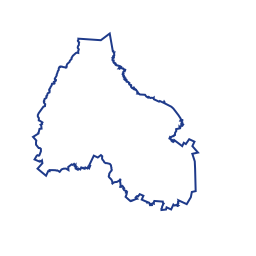 Waipa District, Waikato, New Zealand, rotated 205°
{"feature_id": "76426892B28277932455235", "entity_name": "Waipa District", "entity_type": "district", "adm_level": 2, "iso_a3": "NZL", "parent_name": "New Zealand", "parent_adm1": "Waikato", "projection": "natural_earth1", "projection_center": [175.411, -37.984], "detail": "fine", "context": "isolated", "style": "outline", "palette": "blue", "viewbox_px": 256, "rotation_deg": 205, "n_neighbors": 0, "source": "geoboundaries", "source_scale": "gbopen_adm2", "svg_char_len": 5758}
<svg xmlns="http://www.w3.org/2000/svg" viewBox="0 0 256 256"><g transform="rotate(205 128 128)"><path d="M118.9,71.3L118.6,71.1L118.0,72.4L116.9,73.5L115.3,74.4L113.7,76.6L113.4,78.0L113.1,78.0L112.7,76.9L112.7,76.1L112.0,75.4L110.4,72.9L110.2,71.4L109.5,71.6L108.8,72.9L108.4,72.6L108.1,72.9L106.1,71.8L106.6,70.9L105.1,70.0L102.9,70.2L102.7,69.7L103.0,69.4L102.7,68.7L101.8,69.3L101.2,67.0L101.1,64.6L95.4,62.9L95.2,63.1L94.7,62.9L93.9,63.9L93.7,63.7L90.9,66.9L89.8,67.7L91.7,68.3L91.4,69.3L91.1,69.1L90.5,70.3L89.9,70.3L89.4,73.0L85.4,73.1L85.3,68.9L79.5,69.0L79.5,68.7L79.2,68.5L79.1,68.9L79.4,69.1L77.2,69.2L76.0,68.0L75.8,68.1L75.4,67.4L73.8,68.2L74.6,69.2L74.0,69.5L73.9,70.1L72.6,70.3L73.0,71.0L73.1,71.7L73.3,72.0L73.3,73.0L65.4,76.0L65.1,75.3L63.7,74.6L64.1,73.8L63.8,73.0L63.9,71.3L63.5,70.1L63.6,68.9L63.0,67.8L59.1,70.2L59.5,72.4L54.5,72.4L54.5,77.8L53.2,77.4L52.3,78.0L52.1,78.4L51.5,79.0L50.3,78.2L49.3,78.5L49.9,78.6L49.7,78.9L50.0,78.9L50.8,79.8L50.8,80.1L50.6,80.1L50.7,80.5L50.7,80.8L50.6,81.2L51.4,81.9L51.5,82.5L51.3,82.7L51.5,83.2L51.3,83.5L51.6,83.8L42.6,83.8L41.8,91.8L43.1,97.0L40.0,99.4L50.1,119.7L53.4,126.0L58.8,131.8L54.2,135.3L62.0,138.8L62.0,143.7L67.8,143.7L68.8,137.9L71.2,138.2L71.2,134.5L81.1,136.6L81.1,136.0L80.7,135.6L80.8,135.0L81.1,134.5L81.5,134.7L82.2,134.5L82.5,134.6L82.2,134.8L82.3,135.4L82.7,135.8L86.0,136.0L86.1,137.7L85.2,137.7L84.3,139.2L83.8,139.7L83.2,139.9L83.1,141.1L82.5,141.5L83.3,143.6L83.0,145.8L83.7,146.8L83.9,147.4L81.4,149.1L81.3,149.7L81.9,150.9L80.8,150.5L81.0,151.4L80.9,152.2L80.6,152.6L79.7,152.9L79.5,154.4L79.8,154.4L80.6,153.7L81.2,154.0L81.2,154.5L80.8,154.9L80.7,155.5L80.9,155.6L81.5,155.1L81.5,155.8L82.3,156.6L82.3,156.9L81.8,157.5L82.1,158.2L82.6,158.1L82.8,157.1L83.6,156.8L83.5,157.8L84.4,158.9L87.8,161.0L95.1,164.8L97.7,165.6L106.0,165.9L105.9,166.9L106.4,167.2L106.4,165.9L110.6,165.9L111.0,165.0L116.7,165.0L117.2,165.6L117.5,166.3L117.7,165.9L119.8,165.2L120.3,164.7L121.6,164.7L122.2,165.0L122.8,164.9L123.4,164.3L123.3,164.1L124.8,164.3L126.6,165.3L131.4,163.4L132.3,163.7L132.8,163.5L133.4,163.9L133.6,163.3L133.9,163.2L133.8,163.7L134.6,164.0L134.9,165.0L136.3,165.6L136.7,166.0L137.5,165.8L137.8,166.3L138.3,166.3L138.7,165.7L139.1,165.6L140.0,166.1L140.2,166.6L139.6,167.0L139.9,167.2L140.3,166.7L140.4,165.9L141.5,166.0L142.8,166.7L142.9,167.6L143.3,168.2L144.9,167.9L145.8,168.5L145.9,168.9L145.7,169.0L145.7,169.3L146.3,169.4L146.8,169.7L147.8,169.8L148.3,169.4L148.8,169.4L149.0,169.9L149.9,170.1L149.4,170.3L149.9,170.5L149.8,171.0L151.2,171.4L151.6,171.3L151.5,172.0L152.2,172.1L152.6,172.6L153.0,172.3L152.8,171.9L153.1,171.9L153.3,173.0L153.8,173.7L154.1,173.9L154.5,173.6L154.6,174.2L155.4,174.4L155.3,174.7L155.7,175.2L155.3,175.6L155.7,175.9L156.0,177.1L155.7,177.7L155.2,177.9L155.7,179.0L155.0,179.1L155.1,179.6L156.0,179.6L156.7,179.4L157.6,179.9L158.2,179.5L159.7,179.5L160.1,179.7L159.6,180.2L159.8,180.5L160.7,180.6L161.2,180.1L160.3,178.8L160.8,178.1L161.2,178.3L161.2,178.6L161.5,178.4L161.3,179.4L161.7,179.7L161.8,180.6L163.4,180.4L164.2,180.0L165.4,180.5L165.7,180.0L166.4,180.2L166.8,180.8L166.6,181.1L166.7,181.3L168.0,181.5L168.3,181.1L169.0,181.5L169.3,182.0L169.5,183.1L170.5,182.8L170.9,183.1L171.1,184.3L171.3,184.9L171.6,185.0L171.3,185.4L170.7,185.5L170.5,185.8L170.8,186.4L171.3,186.2L171.8,186.6L171.8,187.1L171.2,188.0L171.5,188.4L171.7,189.2L172.6,190.3L172.5,190.7L173.1,190.5L173.8,191.5L174.3,191.3L184.5,205.9L189.7,196.1L210.7,188.0L210.2,187.2L210.4,186.2L210.3,185.8L209.6,185.3L208.5,185.0L208.3,184.0L207.6,182.4L207.9,181.0L207.6,179.7L207.2,179.2L205.9,178.6L205.7,177.7L205.7,176.8L204.8,175.0L206.2,174.7L206.9,173.9L208.5,170.2L208.8,167.6L208.3,166.8L209.1,164.4L208.9,163.2L210.1,160.4L210.0,158.4L209.8,157.8L209.5,157.7L209.4,156.8L210.1,156.3L210.6,156.4L212.6,155.8L214.1,155.7L215.0,154.7L215.5,155.0L215.9,154.4L216.0,152.8L215.3,151.3L215.6,150.0L215.2,147.3L215.3,146.4L214.8,145.4L215.2,141.7L214.8,141.1L213.6,141.1L213.4,140.5L213.5,140.0L214.6,138.6L213.5,137.7L213.5,137.1L214.0,136.7L215.4,136.3L215.6,135.8L215.2,134.4L215.5,132.2L215.4,131.3L215.7,129.6L215.6,129.4L215.0,129.1L215.1,128.5L214.3,127.7L214.2,127.0L215.4,125.6L215.4,124.5L215.1,123.8L215.0,123.1L215.5,122.3L214.7,121.1L215.1,120.1L215.8,119.2L215.9,118.8L215.6,118.1L215.7,117.1L215.5,116.5L215.1,116.5L215.0,115.6L214.7,115.3L213.1,114.6L212.5,112.7L213.7,111.6L215.2,103.7L215.2,101.6L214.5,100.2L213.2,99.5L212.7,98.8L212.1,97.2L211.2,97.3L207.9,96.9L208.0,95.7L207.6,95.3L208.6,94.0L207.7,93.6L206.1,90.9L207.8,89.8L207.1,86.3L207.3,85.8L206.8,85.2L210.3,79.8L205.8,77.9L205.4,76.3L204.3,74.0L200.5,72.1L199.4,72.6L198.2,72.3L197.1,70.2L196.8,65.9L197.1,65.2L198.4,65.2L199.0,64.4L199.4,60.0L193.7,60.2L193.2,60.8L193.3,61.0L192.8,61.0L192.5,61.7L192.3,61.7L192.2,62.1L190.7,59.9L192.8,52.9L182.1,50.1L182.1,55.2L180.8,55.7L181.3,56.7L176.8,58.7L175.5,59.2L175.0,59.1L174.1,59.7L171.4,59.4L170.7,62.4L169.2,63.9L167.1,65.0L164.2,64.7L165.7,67.4L163.7,71.2L162.3,71.2L161.7,72.7L161.2,72.5L160.4,71.8L160.2,72.0L160.1,71.8L160.0,72.1L159.9,71.8L159.6,71.9L159.4,71.7L159.6,71.4L159.2,71.0L159.4,71.0L159.4,70.9L159.0,70.9L159.3,70.6L158.8,70.5L158.4,69.9L157.7,69.8L157.9,69.6L157.6,69.4L157.8,69.1L155.8,69.0L155.8,70.3L153.7,70.3L153.7,72.5L151.6,72.5L151.6,72.9L150.0,72.8L150.0,74.2L147.7,74.2L147.7,75.7L146.2,75.1L146.3,77.8L147.4,77.8L147.3,88.5L142.9,88.5L141.1,92.0L139.4,91.5L138.7,89.5L137.9,88.6L136.6,88.1L134.9,86.9L133.4,86.7L132.4,87.2L129.3,87.8L127.7,87.0L126.8,85.6L126.2,85.0L125.8,84.0L125.0,83.2L124.9,82.4L125.4,81.2L125.4,80.4L125.7,78.9L125.6,78.2L125.1,77.4L125.2,76.8L124.9,75.8L124.1,75.3L121.4,74.3L120.7,73.8L118.9,72.1L118.7,71.7L118.9,71.3Z" fill="none" stroke="#1e3a8a" stroke-width="2"/></g></svg>